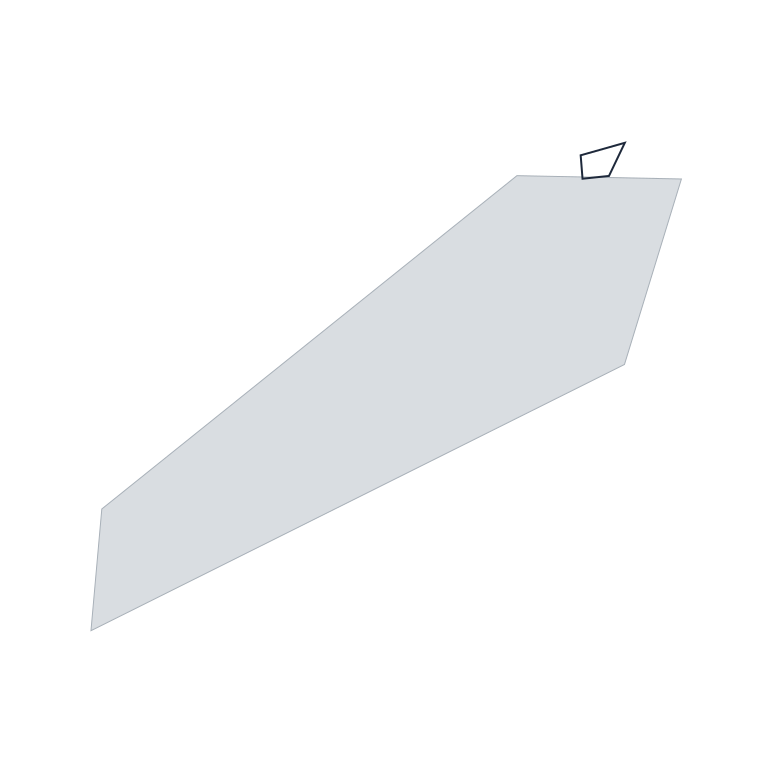 Island Harbour on a map of Anguilla (Natural Earth projection), rotated 354°
{"feature_id": "AIA-5117", "entity_name": "Island Harbour", "entity_type": "District", "adm_level": 1, "iso_a3": "AIA", "parent_name": "Anguilla", "parent_adm1": "", "projection": "natural_earth1", "projection_center": [-63.003, 18.271], "detail": "fine", "context": "in_parent", "style": "outline", "palette": "slate", "viewbox_px": 768, "rotation_deg": 354, "n_neighbors": 0, "source": "natural_earth", "source_scale": "10m", "svg_char_len": 358}
<svg xmlns="http://www.w3.org/2000/svg" viewBox="0 0 768 768"><g transform="rotate(354 384 384)"><path d="M625.2,389.7L66.8,598.7L90.3,478.8L538.0,190.7L701.2,211.2L625.2,389.7Z" fill="#d9dde1" stroke="#a8b0b8" stroke-width="1"/><path d="M603.5,177.1L648.7,169.3L629.5,200.6L602.9,200.6L603.5,177.1Z" fill="none" stroke="#1e293b" stroke-width="2"/></g></svg>